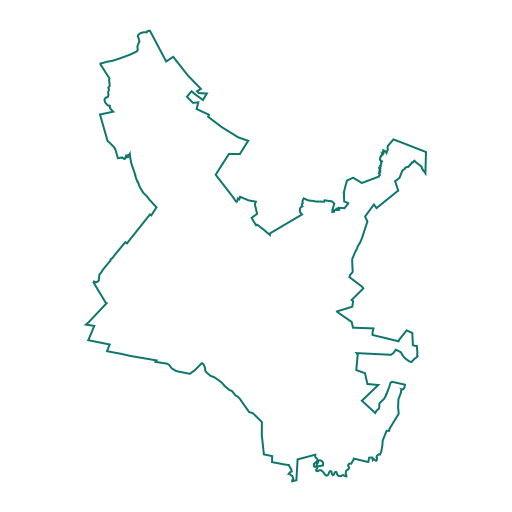 Ixtlahuaca, México, Mexico (Natural Earth projection)
{"feature_id": "50627088B15335958554476", "entity_name": "Ixtlahuaca", "entity_type": "district", "adm_level": 2, "iso_a3": "MEX", "parent_name": "Mexico", "parent_adm1": "México", "projection": "natural_earth1", "projection_center": [-99.782, 19.602], "detail": "fine", "context": "isolated", "style": "outline", "palette": "teal", "viewbox_px": 512, "rotation_deg": 0, "n_neighbors": 0, "source": "geoboundaries", "source_scale": "gbopen_adm2", "svg_char_len": 6059}
<svg xmlns="http://www.w3.org/2000/svg" viewBox="0 0 512 512"><path d="M351.2,463.7L353.6,459.5L353.8,458.6L368.0,462.0L368.1,461.7L368.4,461.7L369.1,457.7L372.1,457.5L373.0,458.7L372.5,459.6L372.7,460.1L373.6,458.9L374.9,460.1L375.6,460.6L376.4,460.7L377.0,459.2L376.9,458.4L377.0,457.8L376.5,457.3L376.8,455.9L378.9,454.3L380.0,454.5L380.2,453.7L380.8,452.9L381.4,451.0L382.4,445.2L382.7,440.5L386.6,430.8L389.2,430.8L389.5,428.8L398.7,413.8L398.1,407.4L398.4,399.4L400.8,393.1L401.3,389.9L402.3,389.6L402.1,389.4L402.5,389.5L404.3,388.1L405.0,384.7L392.2,381.8L391.1,382.3L390.4,383.1L389.2,387.0L386.6,393.8L386.5,393.3L385.8,395.6L384.3,398.6L379.8,402.9L379.2,404.5L379.4,406.1L378.9,408.7L376.6,410.6L375.2,413.0L361.9,400.7L378.3,385.0L367.4,384.0L365.0,373.2L356.3,370.1L357.7,354.6L356.6,353.1L390.9,354.8L393.5,353.0L395.8,349.7L400.8,352.2L403.3,356.3L404.9,358.1L409.1,361.3L411.1,362.0L411.5,361.9L414.6,358.7L416.7,357.3L417.7,356.2L417.1,355.3L417.4,352.4L416.8,345.9L414.6,345.8L412.9,345.2L412.3,333.0L411.7,332.7L406.6,330.4L399.3,339.6L398.6,341.3L372.6,335.0L372.5,332.5L373.5,328.4L353.0,327.7L351.7,322.0L337.3,312.0L337.0,311.4L352.3,306.7L353.1,301.1L351.6,300.0L363.3,288.4L362.9,287.6L361.7,286.4L349.4,277.1L350.2,274.8L352.3,272.5L352.7,271.7L352.2,262.3L352.2,259.4L352.5,258.0L352.9,257.5L354.9,252.6L357.2,248.2L357.5,246.8L360.2,242.3L362.0,238.1L367.4,221.5L365.1,216.5L373.9,204.5L376.5,208.1L398.2,190.6L395.1,181.2L399.5,177.9L402.3,170.7L405.0,168.6L405.2,167.8L406.9,167.0L408.4,166.9L409.2,165.7L410.1,165.1L410.0,164.7L411.5,163.3L411.9,162.4L412.9,162.5L413.5,161.4L414.5,160.7L415.5,161.9L421.7,166.8L422.0,168.7L423.0,169.7L423.1,170.5L424.4,171.8L425.4,173.3L426.0,152.0L393.5,139.4L387.8,146.0L387.5,147.3L387.9,149.7L386.9,151.3L386.5,152.9L385.7,151.5L383.5,150.3L383.6,151.8L383.0,151.7L383.0,152.8L383.5,153.3L382.9,154.3L382.1,153.7L382.3,154.5L382.2,155.0L381.0,155.7L381.1,156.4L380.5,156.7L380.0,158.8L380.0,159.8L380.5,160.0L380.9,160.9L381.9,161.4L381.1,162.2L381.4,163.3L380.9,163.8L380.8,164.8L380.2,165.6L380.8,166.0L380.4,167.2L379.1,167.7L379.2,168.4L380.0,168.7L379.6,169.1L379.6,169.7L380.2,169.9L380.3,170.3L379.6,170.2L379.5,171.0L379.9,171.3L380.1,172.2L379.2,172.4L379.3,173.1L379.0,173.6L379.6,174.0L380.0,174.9L378.8,176.1L378.8,176.6L361.8,183.0L353.2,177.7L347.3,180.4L347.0,180.7L345.6,185.4L343.7,193.0L344.1,193.3L344.0,196.2L344.2,201.5L348.2,203.1L348.3,203.4L344.5,208.2L338.9,207.8L338.7,208.3L339.3,209.7L339.0,209.9L337.0,210.0L337.4,208.4L336.4,208.8L336.1,210.0L335.0,209.9L334.4,210.9L333.4,210.5L333.8,211.8L332.4,212.0L332.8,210.2L332.4,210.0L334.3,203.6L332.0,201.4L324.6,200.3L324.3,201.7L315.7,201.5L312.9,200.9L308.6,200.5L303.7,198.4L302.4,201.2L302.8,203.2L301.7,204.3L302.5,206.3L300.6,207.4L300.0,208.5L299.8,211.8L302.0,214.5L271.5,232.5L270.1,233.4L269.9,235.0L264.2,230.1L257.3,224.7L256.1,225.4L251.6,217.9L257.1,213.8L254.8,204.2L255.9,201.7L248.4,200.3L240.1,196.8L239.3,199.4L237.9,198.5L237.1,201.5L236.4,201.7L235.8,201.3L233.0,197.1L215.7,174.8L223.6,162.2L229.1,153.9L239.8,154.1L248.2,140.8L238.1,137.3L221.7,127.1L208.1,116.8L209.0,114.8L196.6,109.0L198.3,102.4L192.9,102.8L186.9,96.7L191.6,91.3L195.0,94.2L203.0,100.0L206.8,93.5L198.8,93.1L197.0,91.2L200.9,88.9L187.8,75.4L173.2,56.8L166.2,61.5L149.9,30.7L147.3,31.2L146.9,32.2L146.4,32.4L143.8,32.2L140.4,33.2L138.2,34.9L137.8,36.3L138.8,38.7L139.4,41.5L138.0,44.5L137.4,46.8L137.8,49.8L136.7,51.5L129.9,54.7L119.3,58.6L112.8,60.7L106.9,61.8L100.4,63.6L100.4,64.3L109.5,78.5L109.1,80.0L109.7,85.5L109.6,86.1L108.3,87.8L109.0,89.2L108.9,90.1L108.2,91.7L108.2,93.8L108.4,93.9L108.5,94.7L108.3,95.6L108.0,96.7L107.5,97.3L106.1,97.4L104.7,98.9L104.5,100.0L105.0,102.1L106.5,104.1L108.1,105.6L109.8,105.7L109.9,107.5L110.4,108.7L113.2,111.7L100.0,114.5L107.6,141.1L109.1,142.2L113.9,147.0L115.3,149.2L117.9,158.2L120.7,157.7L121.3,157.9L122.1,157.4L124.0,158.9L125.0,158.8L125.3,158.4L125.3,157.5L126.6,157.1L126.9,157.3L127.9,157.1L127.8,156.6L127.5,156.3L126.5,156.4L126.0,155.9L126.1,155.5L126.9,155.7L128.3,155.0L128.9,155.3L129.8,153.8L130.1,157.3L131.5,164.0L135.3,174.9L135.1,175.0L136.2,178.7L137.6,182.1L137.9,182.0L139.8,187.1L143.2,192.7L147.0,196.4L149.6,199.9L156.5,207.3L151.3,215.4L150.0,214.4L126.9,243.4L125.3,242.2L115.4,254.1L112.2,258.4L111.6,258.5L110.9,259.1L110.5,259.7L110.5,260.6L108.2,263.2L102.6,270.1L102.1,271.2L99.4,274.6L98.7,280.8L96.9,282.1L95.6,282.3L94.0,281.5L93.5,282.4L105.8,302.9L106.6,303.2L88.5,322.4L86.0,324.6L94.3,325.9L88.3,340.2L109.7,344.5L107.0,351.2L121.4,353.9L130.1,355.9L156.5,360.4L155.5,361.9L167.2,363.7L169.2,364.9L171.3,367.9L172.0,368.5L175.7,370.8L177.6,371.4L189.8,373.8L194.6,370.4L201.9,363.1L203.1,364.0L204.2,365.6L205.1,368.4L205.2,370.5L205.6,371.3L207.1,373.0L210.6,375.9L214.2,377.2L218.6,380.2L221.7,382.6L224.9,386.2L229.4,390.0L231.9,391.0L235.5,395.4L237.8,396.7L239.6,398.5L249.1,412.0L253.0,413.3L261.9,422.1L261.8,435.3L263.9,454.4L272.2,456.1L272.0,462.1L285.1,464.6L289.0,465.1L289.3,466.2L291.3,469.5L291.7,471.5L289.8,472.4L288.8,473.8L289.6,473.8L291.0,475.3L292.3,475.9L293.3,478.7L293.0,479.8L292.2,480.2L292.2,481.3L296.4,480.2L297.6,459.4L315.3,454.7L315.2,456.4L315.4,457.2L317.1,458.8L317.5,459.4L317.5,460.2L315.8,462.5L314.5,463.3L313.8,464.1L314.0,466.4L314.8,466.9L316.0,466.5L317.0,464.1L317.8,463.0L318.4,461.3L318.8,460.7L319.5,460.3L320.5,460.4L322.0,461.2L322.6,461.8L323.2,463.1L322.9,465.5L321.3,465.6L320.2,466.2L319.0,466.0L317.6,466.4L317.4,467.8L316.1,469.8L316.3,470.8L316.7,471.1L317.7,471.1L319.7,470.2L321.1,470.3L322.7,471.6L325.4,475.0L326.5,475.6L327.8,475.1L328.4,474.4L329.4,471.9L329.8,471.4L330.8,471.1L331.4,471.6L332.1,474.4L332.7,475.1L333.2,475.1L333.7,474.8L334.6,472.9L335.4,471.9L336.0,471.8L336.5,472.3L337.1,474.3L337.8,475.3L338.6,475.9L340.7,476.2L343.0,475.0L345.8,476.4L346.4,476.4L346.4,475.9L345.7,473.6L346.0,471.2L346.4,470.5L348.3,469.3L349.1,468.0L349.1,467.4L348.1,465.7L348.2,465.0L348.9,464.0L349.6,463.6L351.2,463.7Z" fill="none" stroke="#0f766e" stroke-width="2"/></svg>